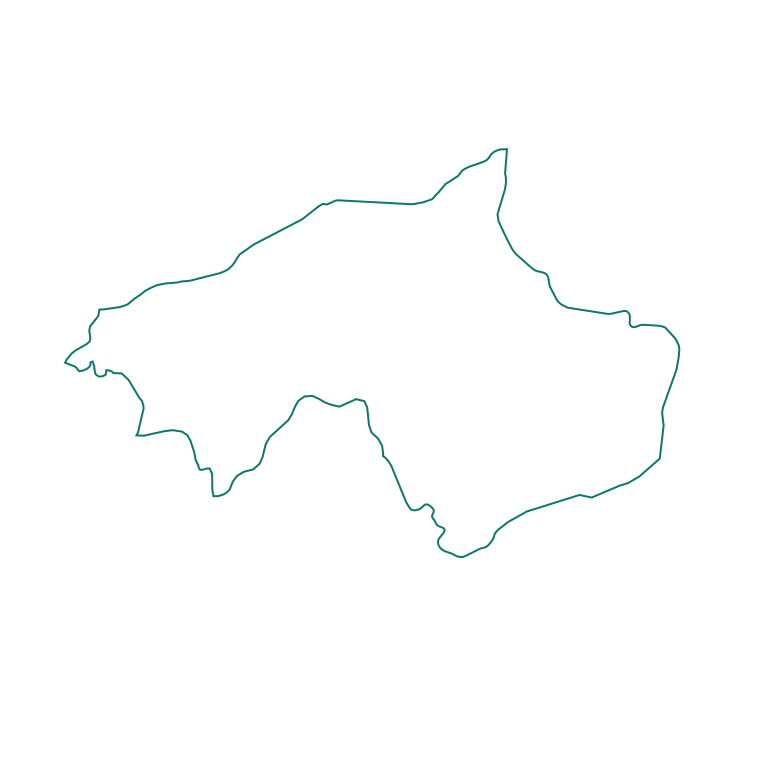 outline of Stœng Trêng, rotated 248°
{"feature_id": "KHM-1792", "entity_name": "Stœng Trêng", "entity_type": "Province", "adm_level": 1, "iso_a3": "KHM", "parent_name": "Cambodia", "parent_adm1": "", "projection": "natural_earth1", "projection_center": [106.102, 13.853], "detail": "fine", "context": "isolated", "style": "outline", "palette": "teal", "viewbox_px": 768, "rotation_deg": 248, "n_neighbors": 0, "source": "natural_earth", "source_scale": "10m", "svg_char_len": 3427}
<svg xmlns="http://www.w3.org/2000/svg" viewBox="0 0 768 768"><g transform="rotate(248 384 384)"><path d="M523.2,96.3L525.2,98.4L529.3,105.8L530.7,110.8L532.4,123.1L533.6,126.9L536.5,128.9L544.1,130.8L547.6,133.2L554.1,144.6L559.7,148.1L559.1,149.5L558.4,151.4L554.3,167.7L553.9,172.4L553.9,176.2L556.6,184.8L558.0,191.4L559.7,196.9L560.5,203.5L560.7,210.5L559.0,219.3L555.6,230.2L554.8,235.1L552.9,241.0L552.3,243.6L548.3,273.3L548.2,278.2L548.8,282.9L550.9,288.1L553.2,291.7L555.9,295.2L558.2,298.7L562.2,316.1L567.4,369.9L573.1,389.6L574.0,394.5L571.8,398.4L572.2,407.6L571.6,410.1L539.9,477.9L537.8,488.4L537.3,497.6L538.4,500.3L539.8,502.7L540.9,505.7L546.3,515.7L549.1,530.5L552.6,536.5L553.3,540.5L553.5,544.7L552.8,559.3L553.1,563.1L554.5,566.1L556.7,569.2L557.2,570.3L557.6,571.6L558.0,573.2L558.2,574.9L558.0,579.5L555.6,586.0L534.2,575.3L529.7,574.3L525.6,572.8L519.7,569.5L498.8,552.8L492.0,551.2L473.0,552.2L460.8,553.4L455.3,554.9L436.0,564.5L433.7,566.0L431.9,567.4L428.4,572.4L426.2,574.9L424.1,575.9L421.5,576.2L412.7,574.3L397.4,575.7L394.6,576.5L391.7,578.0L389.8,579.4L385.9,583.0L365.0,618.0L364.2,620.3L362.0,633.1L361.4,634.9L360.8,636.0L360.0,636.6L358.9,637.1L357.7,637.5L356.4,637.6L355.5,637.5L354.6,637.3L349.2,635.0L348.7,634.6L347.7,634.4L346.3,634.4L344.0,635.4L343.1,636.9L342.7,638.4L342.6,643.7L341.7,646.8L335.5,659.7L333.3,663.3L331.5,665.5L330.5,666.1L317.2,671.1L312.4,671.6L308.7,671.7L305.9,671.0L298.5,667.3L287.8,660.6L257.8,633.9L253.4,631.2L240.5,627.6L211.5,611.7L202.6,586.1L200.7,573.0L201.5,563.8L200.9,534.1L207.9,523.6L212.3,468.5L209.5,447.1L206.0,435.0L204.7,432.3L203.5,430.5L202.5,429.7L201.6,429.1L200.2,427.8L198.7,426.0L196.2,421.9L195.2,419.5L194.7,417.5L194.7,415.9L195.3,411.5L194.0,394.7L194.1,392.2L194.7,390.7L195.5,389.3L196.8,387.3L199.0,385.2L200.9,383.8L201.7,382.9L206.2,377.7L208.3,376.1L209.3,375.5L210.3,375.0L211.4,374.6L214.0,374.2L215.4,374.4L216.7,374.7L217.9,375.2L218.9,375.9L219.8,376.8L220.5,377.7L223.4,383.0L224.1,384.0L224.9,384.9L225.9,385.5L227.1,385.6L228.1,385.1L229.2,384.2L231.8,381.3L233.2,380.5L234.6,380.1L238.7,379.7L241.0,379.0L242.2,378.8L243.4,379.0L244.4,379.7L246.0,381.4L246.8,382.1L247.8,382.7L248.9,382.8L250.2,382.6L253.3,381.3L255.6,379.7L256.5,378.2L256.8,376.6L255.9,374.1L255.4,373.0L254.9,371.3L254.6,369.3L255.3,365.3L256.2,363.4L257.2,362.2L258.3,361.7L260.8,361.1L266.3,360.3L305.6,360.1L312.1,358.8L315.5,357.4L317.6,356.1L319.0,356.9L327.3,359.1L335.5,358.1L343.7,354.3L351.6,354.7L368.8,359.7L375.5,359.3L380.4,352.5L379.7,334.2L383.8,328.2L388.6,322.7L394.6,318.1L399.8,313.1L402.2,305.8L400.6,298.5L396.2,292.8L390.8,287.6L386.3,281.8L377.8,258.6L372.6,251.9L361.2,243.6L356.6,238.6L353.8,230.7L355.1,221.1L353.9,213.6L350.2,207.3L343.8,201.3L342.2,197.1L341.7,192.7L342.2,188.2L343.8,183.9L350.5,185.3L365.1,191.0L370.9,190.7L371.8,188.9L372.6,182.8L373.6,181.2L375.3,181.0L378.9,181.3L384.1,180.9L392.1,182.5L403.8,183.3L410.2,182.5L415.5,178.9L420.4,170.7L422.6,162.3L426.0,141.9L429.1,135.3L431.1,137.7L451.3,151.9L454.5,152.9L459.1,153.2L463.5,151.8L465.7,151.5L483.6,148.7L492.1,144.7L495.5,137.1L496.9,136.8L499.3,134.5L500.8,131.8L496.9,129.4L496.6,126.7L497.1,123.9L497.9,122.3L501.0,120.2L504.6,120.7L508.8,121.9L514.0,122.3L514.0,119.9L511.5,118.9L510.1,116.9L509.3,114.2L509.2,110.4L509.8,106.6L511.4,105.5L513.6,105.2L516.0,103.9L523.2,96.3Z" fill="none" stroke="#0f766e" stroke-width="2"/></g></svg>